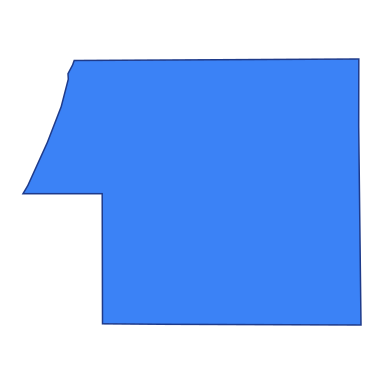 outline of Van Buren, Michigan, United States of America
{"feature_id": "52423323B49576976104911", "entity_name": "Van Buren", "entity_type": "district", "adm_level": 2, "iso_a3": "USA", "parent_name": "United States of America", "parent_adm1": "Michigan", "projection": "albers", "projection_center": [-86.138, 42.245], "detail": "fine", "context": "isolated", "style": "filled", "palette": "blue", "viewbox_px": 384, "rotation_deg": 0, "n_neighbors": 0, "source": "geoboundaries", "source_scale": "gbopen_adm2", "svg_char_len": 298}
<svg xmlns="http://www.w3.org/2000/svg" viewBox="0 0 384 384"><path d="M358.8,59.0L74.2,60.5L72.6,65.0L68.0,73.7L68.3,79.2L61.2,106.7L47.3,142.6L27.9,185.4L23.0,193.7L102.2,193.7L102.5,323.8L167.1,324.3L361.0,325.0L358.7,126.4L358.8,59.0Z" fill="#3b82f6" stroke="#1e3a8a" stroke-width="1.5"/></svg>